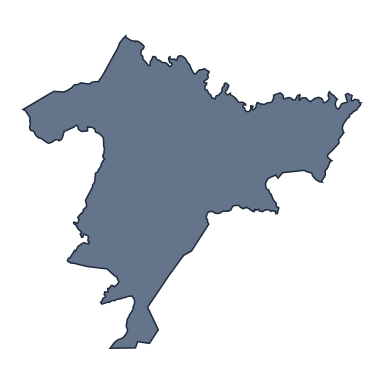 outline of Upper Denkyira East Municipal, Central, Ghana
{"feature_id": "2480657B45731574572143", "entity_name": "Upper Denkyira East Municipal", "entity_type": "district", "adm_level": 2, "iso_a3": "GHA", "parent_name": "Ghana", "parent_adm1": "Central", "projection": "orthographic", "projection_center": [-1.726, 5.836], "detail": "fine", "context": "isolated", "style": "filled", "palette": "slate", "viewbox_px": 384, "rotation_deg": 0, "n_neighbors": 0, "source": "geoboundaries", "source_scale": "gbopen_adm2", "svg_char_len": 5854}
<svg xmlns="http://www.w3.org/2000/svg" viewBox="0 0 384 384"><path d="M322.2,182.1L321.8,181.6L322.0,180.3L324.5,177.0L325.3,174.9L325.1,170.8L327.3,168.4L330.1,161.7L331.9,160.7L330.3,159.8L329.3,158.4L327.5,157.4L327.7,155.2L328.4,154.0L331.9,150.8L338.8,143.3L339.1,142.4L338.5,139.7L343.9,132.6L343.0,131.0L342.4,128.5L342.6,126.2L343.6,123.8L347.5,118.2L349.5,116.9L349.5,115.2L349.9,114.7L351.9,113.5L352.7,112.2L354.4,111.4L355.2,110.5L356.9,109.8L357.0,109.2L360.6,104.8L360.2,103.6L361.0,102.9L359.3,102.7L358.9,102.1L358.8,100.2L354.8,99.3L353.1,100.5L351.7,100.9L351.3,100.2L351.3,99.1L352.2,95.6L347.6,93.5L345.5,94.6L345.4,95.2L346.4,98.8L347.5,101.1L346.6,102.5L343.9,103.0L341.4,104.0L340.3,106.4L338.4,109.1L336.4,107.8L335.2,104.2L336.1,100.6L337.4,99.2L335.0,97.1L334.4,96.1L331.2,93.9L329.4,91.6L328.5,93.3L328.2,95.7L328.3,96.4L329.6,98.6L329.4,98.9L326.3,102.1L323.6,102.7L322.3,99.2L321.2,98.3L318.6,97.3L314.8,98.4L310.3,101.7L307.3,99.5L306.2,98.0L303.6,97.7L301.2,98.1L299.7,100.3L299.0,99.8L299.1,98.3L300.2,95.2L299.6,94.6L297.4,95.6L296.1,98.4L295.0,99.8L293.0,100.1L291.9,98.6L289.1,97.5L284.0,98.8L283.4,98.2L283.0,95.2L281.2,93.5L280.2,92.9L274.4,94.8L273.5,95.8L273.7,97.9L271.7,102.3L267.5,102.8L264.4,104.5L259.4,103.7L259.0,102.9L257.1,102.6L256.3,104.9L256.1,106.6L254.9,108.5L253.0,110.0L251.8,109.0L251.8,108.3L253.1,106.8L252.8,106.0L250.8,105.8L250.8,108.5L250.0,110.7L248.6,111.7L246.5,111.5L244.8,109.9L244.6,108.1L242.9,106.6L242.9,105.2L243.6,104.5L245.4,105.2L245.7,104.3L244.0,102.9L242.1,102.2L238.7,102.4L236.7,99.5L234.3,97.1L230.1,94.3L230.3,93.3L229.1,94.0L228.7,94.5L227.5,94.7L226.8,94.5L225.5,93.0L225.7,91.1L227.4,89.2L228.8,85.5L226.2,83.1L225.2,83.1L224.2,84.0L224.2,85.8L222.9,86.9L222.2,88.2L221.6,92.2L219.8,93.7L218.7,95.2L216.7,95.7L216.0,96.2L215.0,99.0L214.3,98.9L211.6,97.4L210.8,94.9L208.6,93.2L207.3,90.2L205.5,89.9L204.8,88.0L205.0,86.2L206.6,84.4L206.6,82.9L205.6,83.0L203.8,82.1L204.3,81.0L207.1,79.2L208.3,77.5L207.5,74.2L208.8,73.1L209.1,71.5L206.7,70.4L205.5,69.2L204.0,68.7L201.8,69.8L199.5,69.8L197.6,71.4L195.8,73.8L193.9,73.5L191.5,69.5L189.7,64.8L187.3,62.1L185.3,58.3L182.0,56.0L179.5,55.7L177.9,56.9L176.6,60.2L175.2,59.9L174.6,59.1L174.2,59.0L173.4,59.2L170.0,59.2L169.7,58.5L170.1,56.8L169.0,57.3L168.6,58.8L169.7,62.7L171.9,63.3L171.9,64.7L171.3,65.8L169.9,66.4L169.7,66.5L166.1,62.9L162.6,62.5L161.1,61.7L160.2,60.8L156.7,59.3L155.5,56.9L154.5,56.5L152.9,56.6L151.4,60.2L150.5,61.2L150.1,62.6L150.1,65.4L148.1,65.4L146.7,63.1L143.7,59.9L142.8,58.5L142.8,56.4L140.8,54.5L141.2,50.8L142.0,49.6L143.4,48.7L144.1,46.4L142.4,44.4L138.2,41.4L136.1,41.1L135.5,41.7L135.2,41.1L131.8,40.8L126.3,37.7L125.9,35.8L123.0,38.7L119.5,43.1L118.0,47.5L102.0,76.6L99.4,79.8L98.8,81.6L95.5,81.6L91.6,82.3L90.0,83.8L87.7,83.9L80.9,82.8L77.8,84.5L74.7,84.7L73.8,85.2L71.8,87.7L66.6,90.9L64.2,91.7L62.9,92.0L54.2,91.3L49.5,93.8L23.0,109.5L25.9,110.9L26.1,112.0L27.2,113.1L27.3,113.7L28.0,114.5L30.1,118.1L29.7,121.5L30.3,122.8L30.3,123.7L29.6,126.8L30.0,129.6L31.3,130.7L33.4,131.1L34.1,131.6L34.7,133.3L35.7,135.0L36.5,136.1L38.3,137.7L41.3,138.5L47.1,142.7L48.4,143.2L49.9,143.0L52.7,141.7L55.6,139.7L58.2,139.8L59.0,140.9L61.5,139.4L62.7,136.8L64.1,131.5L74.0,127.1L76.4,125.2L77.1,125.5L77.8,126.4L78.5,129.4L81.5,131.5L87.6,130.9L87.5,126.8L89.6,127.4L91.4,127.2L92.9,127.8L95.1,129.4L95.2,131.0L95.6,132.1L99.6,133.8L101.5,135.9L102.1,136.1L103.4,137.9L103.7,146.3L104.4,148.4L103.9,153.4L102.7,155.5L103.0,157.2L104.6,159.4L103.0,160.6L102.7,161.9L101.7,163.1L100.5,167.0L98.7,169.3L97.7,171.9L95.9,172.8L95.4,173.6L95.3,176.3L94.9,177.9L95.1,179.8L94.4,182.5L92.6,185.0L92.5,187.0L85.5,200.3L86.7,205.3L86.3,206.9L83.3,209.6L83.3,211.1L82.9,211.9L82.0,212.5L82.0,213.4L80.8,213.7L78.1,217.0L77.8,217.9L78.9,219.2L78.2,222.3L77.4,223.4L75.1,222.3L73.8,222.2L73.5,222.9L73.8,223.7L76.3,225.4L77.0,227.3L78.5,229.5L80.8,231.4L81.6,233.0L80.2,234.0L81.7,237.3L82.7,237.2L84.1,234.0L88.4,236.1L87.9,241.0L89.4,241.6L88.6,243.9L83.5,242.7L78.1,246.3L75.7,251.0L74.7,250.3L70.0,257.8L68.5,258.1L67.4,260.7L67.8,261.3L70.6,263.0L74.0,263.3L87.6,266.6L107.1,268.9L114.1,275.4L117.3,277.5L117.5,279.6L118.9,281.5L117.7,283.9L114.5,286.8L113.0,285.6L111.2,285.4L109.9,287.4L110.1,287.7L109.3,288.2L107.7,288.5L108.1,292.2L104.6,291.9L104.5,293.9L104.1,294.5L105.4,295.6L105.4,296.9L102.7,298.5L102.2,301.0L100.7,302.1L101.6,303.9L102.3,304.0L107.1,302.4L109.7,302.2L111.9,300.7L114.9,300.5L117.2,299.2L120.8,298.8L123.8,297.5L124.9,297.6L127.7,296.4L131.9,296.0L133.9,298.9L134.4,300.1L134.6,303.2L133.0,307.5L133.4,308.4L131.3,312.3L129.7,314.3L128.8,316.9L127.3,319.1L126.2,326.6L127.7,329.7L126.5,333.5L122.8,337.9L117.3,340.1L114.3,342.6L110.1,348.2L135.5,347.9L137.6,341.6L149.4,343.4L158.3,329.8L147.6,307.2L168.8,275.7L183.6,255.4L191.5,251.0L208.8,224.1L207.6,222.1L207.5,219.5L206.1,218.3L207.1,213.7L208.5,212.1L211.1,211.3L213.7,212.1L214.9,213.1L217.6,213.6L220.0,213.0L222.4,211.5L224.4,211.0L225.5,211.4L227.0,210.9L228.1,211.3L230.9,209.9L232.0,207.5L233.5,205.7L238.5,205.4L239.5,205.8L240.2,207.3L241.3,207.6L241.9,208.2L243.2,208.8L244.7,207.7L245.6,208.1L246.4,207.3L249.3,208.8L250.5,210.0L252.4,210.9L252.7,211.4L253.5,211.2L254.0,211.5L254.0,210.7L254.5,210.7L255.1,210.1L255.2,209.4L256.0,210.1L256.3,209.7L257.1,209.9L257.3,209.5L258.4,209.2L259.0,209.6L259.2,211.0L260.3,211.0L262.1,211.7L263.8,210.9L264.4,210.0L266.2,210.1L266.4,209.8L268.1,209.7L269.3,210.1L270.7,211.3L272.2,210.7L275.3,211.4L275.9,213.7L277.1,213.7L277.9,211.9L277.8,210.7L278.7,208.8L278.6,207.5L276.2,206.3L276.0,205.3L276.4,203.6L273.2,199.6L271.2,194.3L269.7,193.0L268.7,189.9L266.2,188.6L265.4,183.6L268.1,178.5L275.6,175.1L278.0,178.2L282.6,172.7L304.4,170.3L306.6,171.7L311.5,172.9L312.7,176.0L315.8,179.6L319.6,181.8L322.2,182.1Z" fill="#64748b" stroke="#1e293b" stroke-width="1.5"/></svg>